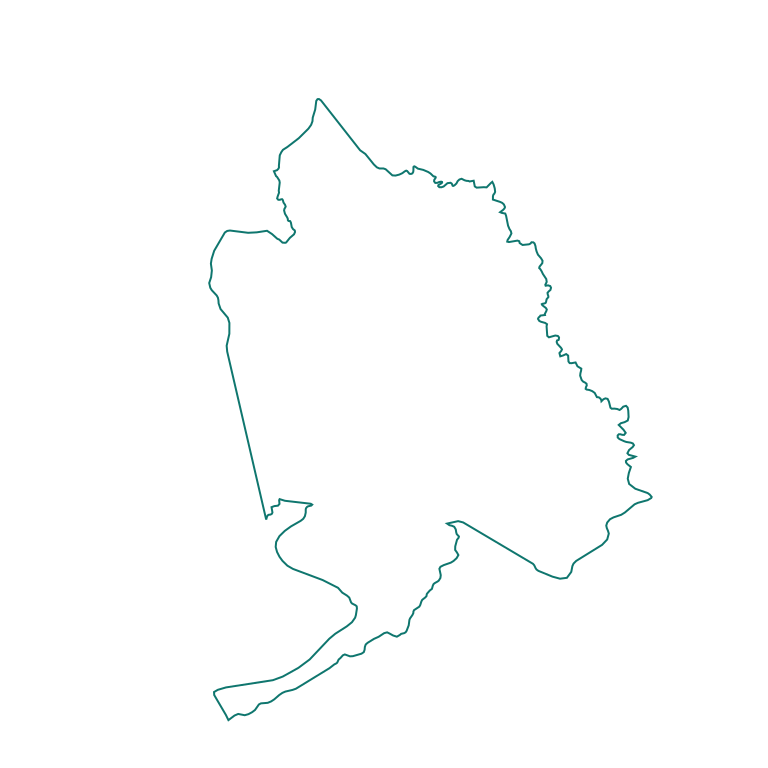 outline of Guainía, rotated 77°
{"feature_id": "COL-1424", "entity_name": "Guainía", "entity_type": "Commissiary", "adm_level": 1, "iso_a3": "COL", "parent_name": "Colombia", "parent_adm1": "", "projection": "robinson", "projection_center": [-68.772, 2.606], "detail": "fine", "context": "isolated", "style": "outline", "palette": "teal", "viewbox_px": 768, "rotation_deg": 77, "n_neighbors": 0, "source": "natural_earth", "source_scale": "10m", "svg_char_len": 6161}
<svg xmlns="http://www.w3.org/2000/svg" viewBox="0 0 768 768"><g transform="rotate(77 384 384)"><path d="M648.9,619.4L645.9,618.9L644.6,614.7L644.1,606.2L647.6,558.9L646.3,548.5L641.3,531.2L635.7,518.4L619.9,494.6L616.4,487.7L611.8,474.8L608.9,468.8L605.2,464.7L602.9,463.4L596.7,460.9L594.5,460.6L593.2,461.5L590.7,464.5L589.4,465.2L584.3,465.9L581.8,467.7L577.9,471.6L572.3,474.6L561.2,487.9L543.7,514.3L539.3,519.0L533.5,522.7L528.8,524.7L523.6,526.0L518.4,526.2L513.6,524.6L508.7,520.1L504.8,513.7L501.8,506.6L498.6,496.0L497.2,493.0L495.0,490.8L491.7,489.2L488.7,488.5L487.6,488.0L486.5,486.7L486.1,485.5L486.1,482.2L485.4,481.1L484.2,482.3L475.5,506.8L472.7,511.6L473.6,512.3L477.3,512.8L478.7,514.7L478.3,518.3L478.7,521.3L484.1,521.6L485.2,522.4L485.7,523.8L485.5,525.9L485.9,526.9L487.2,528.0L489.6,529.3L317.2,529.5L311.3,528.7L300.3,523.4L289.7,520.9L284.2,521.3L274.2,526.4L268.3,527.0L265.2,526.5L262.6,526.4L260.1,527.1L253.9,530.7L251.2,531.6L246.3,531.6L241.0,528.4L234.7,526.2L227.8,525.6L223.3,523.8L216.0,519.5L200.6,505.0L199.6,502.4L199.8,499.6L206.1,482.4L207.6,473.9L208.4,463.5L212.7,459.4L218.5,455.3L219.7,453.6L223.4,451.1L224.2,448.5L224.1,447.5L220.4,442.8L217.9,438.0L215.9,436.5L214.3,436.4L212.6,437.8L210.3,438.6L205.9,438.4L204.2,438.8L203.6,440.4L202.7,440.8L201.5,440.6L200.1,440.8L195.8,442.2L192.4,442.3L190.9,441.6L189.9,440.6L189.0,439.9L187.1,440.1L184.6,441.1L182.1,441.2L181.1,441.6L180.9,442.6L181.1,444.0L180.7,445.6L179.2,446.4L177.3,445.4L173.9,443.2L172.1,443.1L164.3,440.3L162.2,440.2L158.2,441.6L157.2,442.4L151.9,443.4L151.6,440.1L150.4,438.3L149.1,437.5L148.0,437.4L137.7,434.1L135.0,431.9L133.1,429.8L131.3,424.8L125.3,411.7L118.2,400.2L115.1,396.7L111.9,394.6L108.4,393.5L101.1,389.3L92.9,386.3L91.5,384.7L91.7,383.3L93.5,381.6L150.9,354.7L155.7,350.4L167.8,344.5L171.3,342.2L173.0,339.9L173.9,336.0L175.1,334.1L182.6,328.9L183.5,325.9L183.4,322.0L182.7,318.7L181.5,316.0L181.1,314.4L181.7,313.5L184.9,311.9L185.4,310.5L185.2,309.0L183.9,307.8L182.5,307.3L179.2,306.5L178.7,305.6L179.3,304.7L181.8,302.5L184.2,297.6L187.4,293.2L189.4,291.3L192.8,289.1L193.3,287.8L194.0,287.1L194.6,287.2L196.5,289.2L197.9,289.6L199.6,288.8L200.0,286.9L199.6,284.8L199.7,282.8L200.2,282.0L200.9,282.1L201.5,283.2L202.4,286.2L203.3,286.7L204.7,285.8L205.2,283.8L205.0,281.5L202.6,277.0L202.9,273.9L204.0,272.9L206.3,272.5L206.6,271.7L206.1,270.3L204.9,268.3L202.9,266.6L201.7,264.5L201.5,262.2L203.6,259.7L204.6,257.9L205.2,255.9L205.9,255.1L206.1,250.9L211.9,251.1L213.5,249.6L214.7,242.4L215.5,239.8L212.3,234.8L211.4,233.0L214.3,232.3L218.3,232.1L221.8,232.5L223.4,233.7L224.0,234.7L225.5,235.6L228.8,236.4L232.7,229.9L234.1,228.1L236.0,226.8L238.8,226.3L240.0,227.1L241.1,228.7L242.7,232.2L243.8,230.7L245.2,227.5L247.6,227.2L257.6,227.5L261.2,226.9L263.7,226.0L266.0,226.0L269.1,228.6L271.4,231.1L273.0,231.9L273.8,230.3L274.3,221.7L275.3,220.1L277.2,220.1L279.7,217.7L280.5,211.3L280.1,209.7L279.1,208.4L279.6,206.6L280.9,205.7L283.7,205.4L286.0,205.6L289.2,205.5L292.6,204.9L296.8,202.7L299.6,201.8L301.9,202.6L304.6,206.0L305.9,206.7L307.2,205.9L309.5,205.1L312.6,204.4L318.2,202.3L321.1,202.5L323.6,204.5L324.6,204.4L324.8,201.9L326.0,200.0L327.8,199.6L329.8,200.7L330.9,202.8L332.0,204.2L333.6,204.3L335.3,204.1L336.3,204.3L338.0,206.5L340.6,207.7L341.4,208.4L341.6,209.6L341.5,211.7L341.7,212.3L342.9,212.0L346.3,209.2L348.0,208.6L349.4,209.4L352.0,211.6L353.0,211.6L352.5,216.2L353.3,217.0L354.0,218.4L355.2,219.3L357.5,218.5L358.7,217.0L360.7,213.3L362.4,211.7L364.3,212.6L373.8,214.1L375.6,212.8L375.3,206.2L376.3,203.8L377.4,203.2L378.2,203.0L380.2,203.8L380.4,204.2L380.5,205.6L381.8,206.3L383.8,206.1L388.7,203.3L390.3,202.8L391.6,203.8L393.3,206.1L396.7,206.0L396.5,203.1L395.8,199.8L397.7,198.2L403.6,199.2L405.4,198.4L405.9,196.6L406.1,192.5L410.3,191.5L413.4,188.3L415.2,188.9L417.7,190.2L420.0,191.0L424.6,190.5L426.5,189.4L427.9,187.7L429.3,186.6L431.1,186.8L432.6,188.0L434.1,188.6L435.0,187.8L436.0,185.3L437.8,182.7L440.1,180.7L444.7,179.5L445.3,177.7L446.9,176.4L448.5,175.9L449.7,176.0L448.2,173.6L447.8,171.5L448.8,169.5L451.8,168.8L458.0,168.7L459.3,167.7L459.8,165.1L460.8,162.4L462.3,160.3L461.6,158.5L459.9,156.0L459.7,153.1L461.7,151.9L464.9,152.0L471.2,153.1L474.4,154.7L475.3,158.2L475.5,162.0L476.7,164.5L482.5,160.9L486.0,159.5L487.6,161.5L487.1,163.3L486.2,164.9L485.8,166.5L486.7,167.9L488.7,168.3L490.6,167.0L493.9,162.7L495.0,160.9L496.7,156.7L497.9,154.9L499.8,154.2L501.3,155.8L503.4,160.0L506.2,162.4L508.1,161.4L511.3,155.4L512.0,157.8L512.3,163.6L513.4,165.6L515.0,165.8L517.0,164.8L520.4,162.1L525.7,165.4L531.1,167.8L536.6,167.6L542.6,162.7L549.6,151.6L551.6,149.9L554.3,148.6L555.2,149.3L556.5,153.2L556.9,163.3L557.6,166.9L563.4,178.2L564.8,182.3L565.6,190.4L566.6,194.2L569.2,197.7L572.0,199.3L574.6,199.3L577.3,198.8L580.3,198.6L585.7,201.5L589.8,207.7L599.6,236.5L601.6,239.7L603.8,241.4L609.2,243.8L614.0,249.4L613.3,256.3L609.6,263.2L600.8,275.6L599.1,277.1L597.6,277.7L594.4,278.4L592.7,279.3L536.7,338.0L534.3,342.6L534.2,353.9L536.3,352.0L537.4,349.7L538.9,347.7L541.8,346.8L545.0,347.0L546.6,346.9L549.4,345.3L550.6,345.9L552.2,347.9L558.2,351.1L561.7,352.0L564.6,350.8L567.4,350.0L570.0,352.4L572.1,356.1L573.1,359.1L573.9,366.5L574.8,370.1L576.5,371.6L583.0,371.7L585.7,372.7L587.9,374.9L588.5,376.2L589.4,379.3L590.0,380.6L591.3,381.7L594.4,383.4L595.5,385.8L597.8,389.0L598.4,389.6L600.2,390.3L601.2,391.7L602.9,395.3L604.3,396.5L607.5,398.4L608.9,399.7L611.1,405.6L612.3,406.5L613.9,407.0L615.5,408.3L618.3,411.4L619.6,412.3L624.7,414.2L629.6,417.5L630.8,418.8L631.3,420.4L631.3,423.5L632.1,425.0L633.1,428.3L631.1,431.7L628.4,434.7L626.7,436.8L626.8,439.9L629.1,446.1L630.1,451.2L632.5,458.2L633.7,460.4L635.9,461.8L638.6,462.7L640.7,464.0L641.7,466.6L642.2,475.5L641.7,478.4L638.7,483.0L639.1,485.1L641.2,488.1L642.3,490.2L645.0,492.3L645.6,493.6L646.0,495.4L648.6,501.0L661.1,538.4L661.5,542.0L661.5,549.3L662.1,552.5L663.5,556.1L666.6,561.9L667.9,565.4L668.5,569.0L667.5,575.8L668.1,578.0L672.6,583.0L674.1,586.3L675.2,590.3L675.4,594.2L672.7,600.3L673.4,604.2L676.5,611.2L670.9,612.5L648.9,619.4Z" fill="none" stroke="#0f766e" stroke-width="2"/></g></svg>